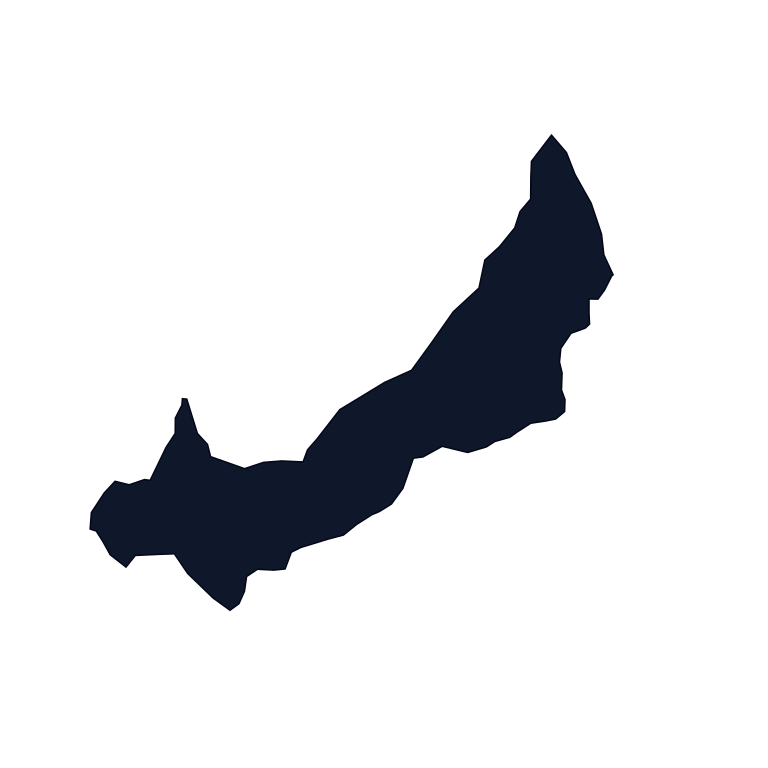 outline of Korfi, Limassol, Cyprus, rotated 216°
{"feature_id": "46923920B18588389508045", "entity_name": "Korfi", "entity_type": "district", "adm_level": 2, "iso_a3": "CYP", "parent_name": "Cyprus", "parent_adm1": "Limassol", "projection": "mercator", "projection_center": [32.963, 34.789], "detail": "fine", "context": "isolated", "style": "filled", "palette": "ink", "viewbox_px": 768, "rotation_deg": 216, "n_neighbors": 0, "source": "geoboundaries", "source_scale": "gbopen_adm2", "svg_char_len": 1341}
<svg xmlns="http://www.w3.org/2000/svg" viewBox="0 0 768 768"><g transform="rotate(216 384 384)"><path d="M375.6,110.4L372.2,121.0L375.0,134.2L382.0,147.5L377.5,159.7L363.7,168.7L355.3,176.2L360.1,193.4L355.3,202.7L338.1,225.6L328.0,238.0L323.6,254.3L317.0,271.1L312.7,278.2L307.4,291.4L307.4,310.8L316.6,341.3L309.6,347.9L300.3,367.8L276.0,377.8L264.2,393.3L260.5,402.7L250.9,414.8L248.1,423.3L242.2,438.5L231.5,449.0L224.5,456.6L221.7,467.9L228.4,477.8L236.9,483.5L246.4,497.6L254.9,504.9L261.9,516.8L262.5,534.9L254.0,547.6L252.9,553.3L259.9,562.0L268.1,573.3L260.8,578.4L260.8,589.7L263.3,605.5L262.8,607.0L282.0,617.7L296.2,633.2L322.6,652.0L352.6,665.8L372.5,678.5L394.8,683.8L395.4,659.7L395.6,650.8L387.1,638.1L374.1,619.8L375.3,603.5L370.0,587.2L371.3,563.1L374.7,546.3L375.3,543.6L363.6,517.5L370.4,483.2L369.8,445.0L369.8,411.3L384.4,385.8L397.7,354.0L404.7,337.4L405.9,299.8L407.2,285.8L403.7,273.4L421.6,261.6L435.4,249.8L447.1,233.5L462.5,229.0L481.6,223.3L491.3,231.4L505.9,234.3L534.7,255.9L538.5,253.6L535.1,248.1L532.8,233.8L523.9,221.3L523.1,204.7L519.7,186.0L516.6,168.6L521.6,165.9L530.9,152.7L544.4,147.2L546.3,131.7L545.2,108.0L536.5,93.9L530.4,95.9L518.8,91.3L505.1,84.9L485.1,84.2L484.4,99.1L466.8,113.2L453.8,123.4L431.4,115.3L396.6,110.4L375.6,110.4Z" fill="#0f172a" stroke="#020617" stroke-width="1.5"/></g></svg>